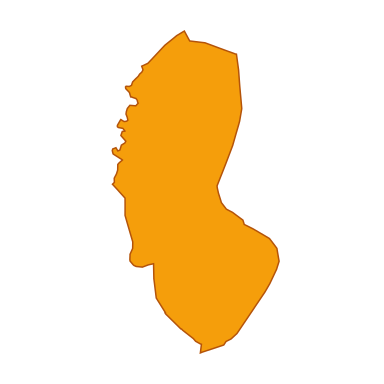 the district of Yarwein Mehnsonnoh, Nimba, Liberia, rotated 353°
{"feature_id": "62588387B90260404265556", "entity_name": "Yarwein Mehnsonnoh", "entity_type": "district", "adm_level": 2, "iso_a3": "LBR", "parent_name": "Liberia", "parent_adm1": "Nimba", "projection": "albers", "projection_center": [-9.092, 6.596], "detail": "fine", "context": "isolated", "style": "filled", "palette": "amber", "viewbox_px": 384, "rotation_deg": 353, "n_neighbors": 0, "source": "geoboundaries", "source_scale": "gbopen_adm2", "svg_char_len": 2515}
<svg xmlns="http://www.w3.org/2000/svg" viewBox="0 0 384 384"><g transform="rotate(353 192 192)"><path d="M114.0,174.6L118.6,181.0L120.1,183.2L124.8,189.9L124.1,195.9L123.3,202.4L122.7,207.1L123.0,208.9L124.0,215.2L127.1,234.2L127.0,235.2L126.2,240.8L122.9,246.3L122.9,246.6L122.1,251.5L122.1,251.8L122.1,253.0L124.7,257.0L125.4,257.8L127.5,259.1L133.6,260.5L136.9,259.7L139.8,259.0L145.1,258.5L144.0,269.3L143.7,272.5L143.6,273.1L143.6,288.1L143.6,292.9L150.9,308.5L150.5,308.7L151.2,310.1L163.9,326.1L164.3,326.6L164.8,326.6L166.1,328.3L172.5,334.7L175.5,337.7L177.4,340.6L181.8,343.8L182.8,344.3L180.7,352.7L182.1,352.3L204.5,347.8L204.9,347.7L207.6,344.5L212.9,342.6L219.4,337.9L223.5,333.2L238.3,316.2L240.6,313.5L249.3,303.5L252.1,300.3L258.0,292.5L258.4,291.9L266.6,278.9L267.5,276.8L267.6,276.6L268.8,274.0L269.8,271.8L270.0,271.3L269.6,263.2L269.4,258.3L269.0,257.6L265.1,250.8L263.9,248.8L263.2,247.6L248.2,236.1L239.9,230.6L239.1,226.1L233.0,220.3L229.8,217.2L224.0,213.2L222.2,210.1L219.9,206.2L219.7,205.4L219.7,205.0L218.1,196.3L217.6,191.1L217.6,189.0L222.3,180.3L224.4,176.5L229.2,167.6L238.0,150.9L242.9,139.3L246.3,131.4L247.9,127.5L251.5,115.5L251.6,114.2L252.3,92.8L252.5,88.5L253.1,76.6L252.9,60.6L252.3,60.5L241.3,54.9L239.0,53.7L237.2,52.8L232.4,50.3L223.1,45.5L208.1,41.8L204.0,31.3L195.9,34.9L192.8,36.9L183.0,43.0L179.4,46.0L170.2,53.7L163.9,58.9L157.4,61.0L158.0,63.5L158.2,64.5L157.9,65.4L156.7,67.0L156.1,67.4L154.4,68.6L153.1,70.2L152.8,70.6L150.3,72.5L150.2,72.5L146.5,75.5L146.4,75.7L144.9,78.8L142.7,79.6L141.0,79.3L139.5,79.0L139.2,79.3L138.8,79.6L138.8,81.1L139.0,81.6L142.0,85.6L142.1,86.2L142.7,90.0L143.0,89.9L143.2,90.2L144.6,90.9L146.5,91.8L147.8,92.4L147.9,92.7L148.3,93.3L148.9,94.5L148.9,95.8L149.4,97.3L148.2,98.3L146.7,99.6L146.2,99.5L140.9,98.4L138.0,101.2L136.6,104.3L136.0,106.6L136.8,109.9L137.1,112.9L135.7,113.8L133.2,113.8L133.1,113.7L131.6,112.6L130.2,111.4L129.8,111.8L126.1,116.7L126.0,117.2L125.9,118.1L126.7,119.0L131.0,120.4L131.2,120.5L132.8,123.2L132.8,123.4L130.9,123.4L130.2,123.4L128.7,126.4L128.3,127.3L132.5,133.5L131.3,135.2L129.5,136.0L127.6,136.9L125.9,140.8L125.5,141.6L124.5,141.9L123.4,142.2L122.9,141.1L121.9,138.8L118.6,139.6L118.1,140.7L117.9,141.1L118.1,143.1L118.3,144.3L118.5,144.5L118.5,144.8L126.9,151.7L126.9,151.8L124.7,153.2L123.1,154.3L122.2,155.1L121.7,155.6L121.3,158.4L120.9,161.2L119.4,164.5L119.0,165.2L116.5,168.8L116.1,173.0L115.2,173.7L114.4,174.3L114.0,174.6Z" fill="#f59e0b" stroke="#b45309" stroke-width="1.5"/></g></svg>